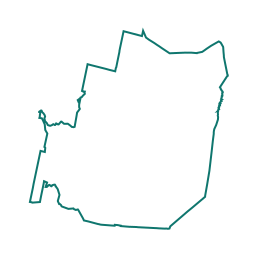 outline of Popes pag., Ventspils, Latvia, rotated 279°
{"feature_id": "27541924B60510236800280", "entity_name": "Popes pag.", "entity_type": "district", "adm_level": 2, "iso_a3": "LVA", "parent_name": "Latvia", "parent_adm1": "Ventspils", "projection": "natural_earth1", "projection_center": [21.892, 57.437], "detail": "fine", "context": "isolated", "style": "outline", "palette": "teal", "viewbox_px": 256, "rotation_deg": 279, "n_neighbors": 0, "source": "geoboundaries", "source_scale": "gbopen_adm2", "svg_char_len": 4530}
<svg xmlns="http://www.w3.org/2000/svg" viewBox="0 0 256 256"><g transform="rotate(279 128 128)"><path d="M72.1,214.9L73.2,214.8L84.5,215.0L98.4,215.1L117.9,214.3L128.8,213.8L135.7,213.6L136.8,213.4L138.4,213.3L140.5,213.4L144.7,214.6L150.4,215.5L152.9,215.3L153.4,215.1L154.3,214.7L155.3,214.8L156.4,214.5L157.8,214.3L158.1,214.3L158.4,214.4L158.5,214.4L158.8,214.3L159.1,214.3L159.0,214.1L159.3,214.3L159.7,214.2L160.1,214.3L160.3,214.4L160.3,214.5L160.5,214.7L160.6,214.4L161.0,214.4L160.9,214.6L161.0,214.7L161.3,214.6L161.5,214.7L161.8,214.6L162.0,214.5L162.1,214.8L162.3,214.8L162.2,214.7L162.3,214.7L162.6,214.7L162.7,214.4L162.8,214.4L162.9,214.5L163.0,214.5L163.0,214.4L163.3,214.5L163.4,214.8L163.6,214.8L163.6,214.7L163.9,214.6L164.2,214.7L164.1,214.8L164.4,214.9L164.5,214.8L164.6,215.0L164.8,214.9L165.0,214.8L165.1,215.0L165.3,214.9L165.6,214.8L165.5,215.1L165.8,215.0L166.1,215.1L166.2,215.3L166.3,215.3L166.5,215.4L166.5,215.1L166.8,215.1L166.8,214.9L167.0,215.0L166.9,215.1L167.0,215.1L167.3,214.9L167.5,215.0L167.6,214.9L167.8,215.0L168.0,215.2L168.0,215.3L168.5,215.4L168.8,215.6L169.1,215.6L169.1,215.8L169.3,215.9L169.5,215.8L169.5,216.0L169.7,215.9L169.8,215.8L170.1,215.8L170.3,215.9L170.4,216.0L170.4,215.9L170.5,215.8L170.9,215.9L171.1,215.7L171.3,215.9L171.6,215.6L171.8,215.7L172.0,215.7L172.4,215.6L172.6,215.7L172.8,215.7L173.0,215.8L173.3,215.8L173.6,215.7L173.7,215.9L173.9,215.9L174.1,215.8L174.2,216.0L174.3,216.0L174.2,215.8L174.3,215.7L174.5,215.8L174.6,216.0L174.8,215.9L174.9,216.0L175.1,215.8L175.3,215.8L175.5,215.9L175.8,215.9L175.9,215.7L175.9,215.9L176.1,215.9L176.3,215.8L176.9,215.7L176.7,215.7L176.8,215.6L177.0,215.6L177.3,215.7L177.5,215.7L177.6,215.8L177.8,215.7L177.9,215.8L177.9,216.1L178.0,215.9L178.2,216.0L178.3,215.9L178.6,215.8L178.8,215.7L179.1,215.4L179.2,215.1L179.5,214.8L179.9,214.6L180.2,214.1L180.7,213.9L180.8,213.7L181.0,213.5L181.5,213.3L181.9,213.1L182.6,212.4L194.7,217.8L195.0,218.3L195.8,218.3L196.6,217.7L207.1,213.8L213.1,211.6L214.7,211.3L217.8,210.5L222.6,209.4L223.1,209.2L225.2,207.5L225.5,207.3L226.9,206.1L227.7,204.1L226.3,202.3L222.2,197.2L218.6,193.3L216.8,191.5L214.8,189.4L212.8,184.1L212.7,184.1L212.3,178.5L211.6,174.5L211.5,173.4L210.1,166.3L208.3,157.4L212.0,149.3L213.6,146.0L214.7,143.5L216.0,140.8L218.4,135.1L219.3,133.3L220.2,131.6L226.4,127.7L221.0,127.4L222.9,108.5L205.6,107.6L202.8,107.5L201.9,107.6L193.2,107.2L186.1,106.9L185.3,106.6L182.0,106.5L182.5,100.5L182.9,97.1L184.3,81.7L184.7,78.1L157.4,76.8L157.2,78.6L156.9,78.6L157.1,79.6L156.4,79.5L155.0,80.0L152.9,78.4L151.3,77.5L150.6,76.3L149.8,76.1L147.7,74.0L146.1,75.0L147.8,76.3L143.3,76.1L140.9,76.5L139.4,77.4L139.2,77.4L135.3,75.3L132.1,75.3L120.8,75.1L120.3,74.1L120.3,72.3L121.4,70.6L122.7,68.1L122.8,67.8L122.6,66.8L122.5,66.6L122.5,66.2L122.3,65.3L122.2,64.4L122.2,64.1L122.3,63.8L122.7,63.3L123.5,61.9L123.9,61.4L123.9,61.2L123.7,60.7L123.1,60.4L121.0,59.1L120.7,58.9L120.6,58.3L120.8,58.0L120.8,57.3L121.1,57.0L121.3,56.5L121.3,56.3L119.7,55.7L119.5,55.3L119.5,55.1L120.1,53.8L120.0,53.5L119.1,52.6L118.5,51.7L118.1,51.0L118.0,50.6L118.1,50.3L118.1,49.6L118.2,49.4L118.3,48.6L118.4,48.3L118.6,48.1L119.9,47.3L121.9,44.9L122.1,44.8L122.5,44.7L123.3,44.4L124.6,43.9L126.1,44.3L126.5,44.3L127.5,43.7L127.9,43.5L128.6,42.8L129.2,42.3L130.2,40.8L131.4,40.1L131.7,39.8L131.7,39.4L131.3,39.2L131.1,39.0L130.7,38.2L130.1,37.7L129.9,37.7L129.8,38.1L129.4,38.9L128.0,39.0L127.1,38.9L125.9,39.1L124.1,38.9L124.1,41.4L122.4,42.7L118.5,45.2L113.1,46.6L109.9,49.2L96.2,48.4L95.8,49.2L95.4,49.4L91.3,49.6L91.6,46.4L91.7,45.2L58.2,43.5L53.9,43.4L39.6,42.7L39.6,44.6L39.3,45.1L41.1,52.6L47.3,52.8L57.7,53.3L59.9,53.4L62.3,53.4L61.5,56.6L56.9,55.9L57.0,56.7L57.3,57.3L57.5,57.4L57.8,57.5L58.2,57.8L58.8,58.6L59.3,58.8L59.5,59.2L59.2,60.1L58.5,61.1L58.5,61.6L58.8,61.8L59.6,62.1L59.9,62.6L60.1,63.2L60.3,63.5L60.5,63.9L60.6,64.6L60.0,65.2L59.1,65.6L59.1,65.8L58.8,66.2L58.2,66.5L57.2,67.7L56.7,68.0L56.1,68.4L51.2,70.8L45.0,70.1L44.7,70.2L43.9,70.7L43.2,71.3L42.4,71.6L42.1,71.9L42.2,72.7L41.3,74.0L40.3,74.6L40.1,75.1L38.8,81.8L40.0,86.7L39.4,87.3L38.9,89.3L39.7,91.2L38.9,92.0L31.4,97.9L29.8,98.9L29.5,103.3L28.5,112.9L28.5,113.1L28.4,113.8L28.5,114.2L28.3,115.5L28.3,116.8L29.3,129.1L29.4,130.1L30.3,130.1L30.5,133.0L30.4,136.2L30.0,136.2L30.6,144.4L31.5,151.7L31.6,153.6L32.9,165.8L33.1,167.8L33.6,172.4L33.7,174.0L34.4,180.4L34.6,181.0L34.7,181.6L34.7,183.2L35.2,184.7L37.3,185.1L37.7,185.3L54.9,199.9L59.6,204.1L72.1,214.9Z" fill="none" stroke="#0f766e" stroke-width="2"/></g></svg>